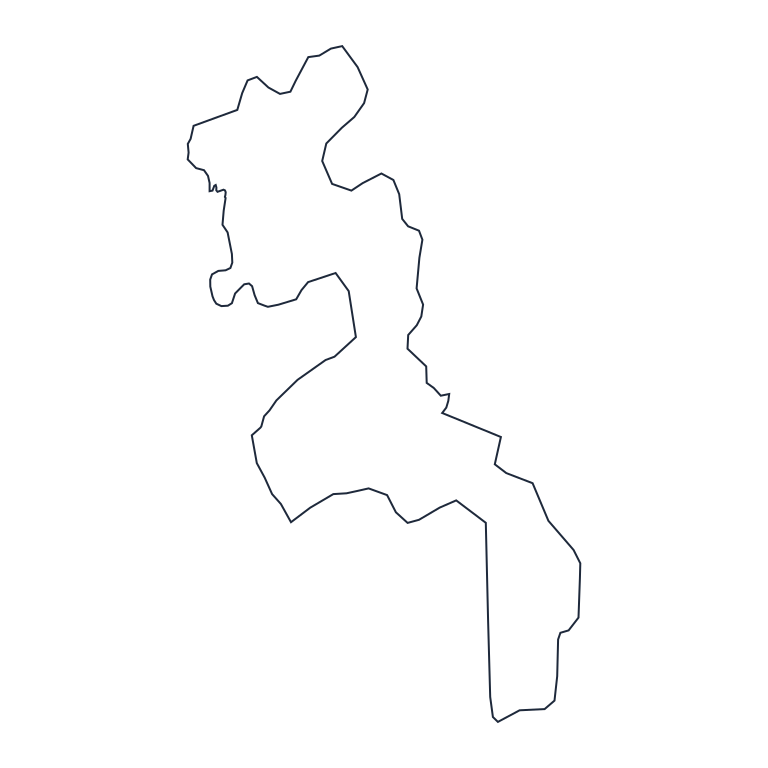 outline of Bomadi, Delta, Nigeria
{"feature_id": "59680162B43870676483034", "entity_name": "Bomadi", "entity_type": "district", "adm_level": 2, "iso_a3": "NGA", "parent_name": "Nigeria", "parent_adm1": "Delta", "projection": "equal_earth", "projection_center": [5.801, 5.229], "detail": "fine", "context": "isolated", "style": "outline", "palette": "slate", "viewbox_px": 768, "rotation_deg": 0, "n_neighbors": 0, "source": "geoboundaries", "source_scale": "gbopen_adm2", "svg_char_len": 1866}
<svg xmlns="http://www.w3.org/2000/svg" viewBox="0 0 768 768"><path d="M580.3,563.3L573.6,550.0L548.4,520.8L532.6,483.2L506.3,473.1L494.8,464.3L500.9,437.0L442.2,413.0L446.3,407.6L448.3,400.9L449.2,394.0L440.8,395.7L433.8,388.0L426.7,382.9L426.2,366.4L407.5,348.7L408.2,335.0L416.8,325.2L421.3,316.5L423.1,304.6L416.6,288.4L419.4,257.7L422.4,239.7L419.0,230.7L408.1,226.3L402.2,218.9L399.2,194.2L393.4,180.0L381.4,173.5L362.7,183.1L351.4,190.6L332.1,183.9L322.2,161.0L326.3,143.5L341.8,127.8L354.3,117.0L364.1,103.1L367.7,89.5L357.6,67.1L342.2,46.1L330.9,48.6L319.3,55.6L308.3,57.1L295.7,80.8L290.4,91.7L280.0,93.9L268.4,87.5L256.9,76.9L247.6,80.4L242.2,93.1L237.3,109.9L193.6,125.8L190.6,138.9L187.8,143.9L188.6,152.6L187.7,159.4L196.1,168.1L204.0,170.2L208.0,175.9L209.6,183.0L209.6,191.2L212.5,190.6L214.3,185.8L215.7,185.0L216.4,187.5L216.3,190.3L217.5,191.8L223.5,189.7L225.0,190.4L225.7,192.2L225.4,195.1L224.9,196.9L225.6,198.0L223.7,210.6L222.5,224.8L227.6,232.4L231.9,254.0L232.3,262.6L230.4,268.0L225.6,270.3L218.3,270.9L212.0,274.4L210.2,279.6L210.3,286.6L212.5,296.3L214.0,300.1L216.3,303.7L221.4,306.1L227.9,305.7L231.9,303.2L235.1,293.5L240.8,287.7L244.2,284.3L249.0,283.5L252.1,286.2L254.6,295.1L257.9,303.1L264.4,305.6L267.9,306.8L278.4,304.7L296.2,299.3L301.5,290.1L308.1,282.1L335.6,273.0L348.7,291.1L355.9,337.1L334.5,356.7L325.6,360.0L297.6,379.8L276.4,400.4L269.5,410.4L264.1,416.3L261.3,426.5L260.4,427.7L251.8,435.3L256.8,463.1L264.7,477.7L272.1,494.1L280.9,504.0L291.0,522.2L310.2,507.7L333.3,494.1L346.5,493.3L358.0,490.8L368.6,488.4L387.1,495.1L395.9,512.3L407.6,522.9L419.0,519.8L439.7,507.6L456.2,500.4L485.8,522.8L488.1,620.8L490.2,697.0L492.9,717.0L497.9,721.9L519.6,710.3L544.6,709.1L554.5,700.6L557.2,676.2L558.1,639.5L560.4,632.8L568.6,630.4L578.5,617.6L579.9,578.5L580.3,563.3Z" fill="none" stroke="#1e293b" stroke-width="2"/></svg>